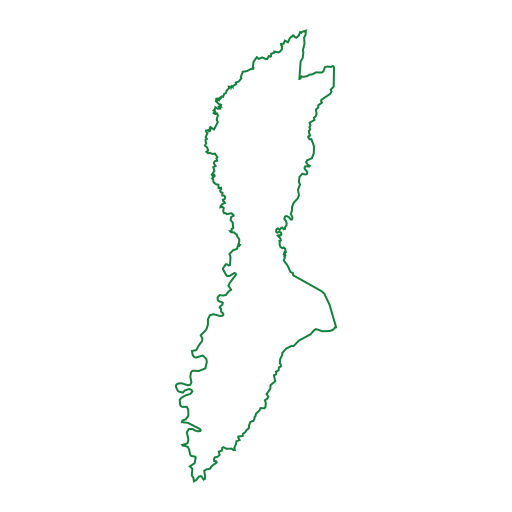 Quinsaloma, Los Rios, Ecuador (orthographic projection)
{"feature_id": "8360857B59163426869713", "entity_name": "Quinsaloma", "entity_type": "district", "adm_level": 2, "iso_a3": "ECU", "parent_name": "Ecuador", "parent_adm1": "Los Rios", "projection": "orthographic", "projection_center": [-79.358, -1.146], "detail": "fine", "context": "isolated", "style": "outline", "palette": "green", "viewbox_px": 512, "rotation_deg": 0, "n_neighbors": 0, "source": "geoboundaries", "source_scale": "gbopen_adm2", "svg_char_len": 6033}
<svg xmlns="http://www.w3.org/2000/svg" viewBox="0 0 512 512"><path d="M305.9,30.7L302.0,31.9L301.4,32.8L300.1,32.1L298.7,35.7L296.4,37.7L295.0,37.2L293.5,35.4L292.8,35.5L292.7,36.3L291.2,36.7L289.9,38.1L287.9,42.3L284.9,40.6L283.5,43.8L281.1,43.9L281.2,45.4L282.3,46.3L281.8,47.1L282.0,49.1L279.7,51.9L278.6,52.4L274.3,51.5L274.2,52.7L271.2,53.7L271.1,56.3L270.4,56.7L268.9,56.0L267.2,59.0L265.5,58.9L262.2,57.4L258.8,58.9L256.8,57.2L253.5,61.9L252.8,67.1L253.4,67.5L253.3,68.8L250.8,69.0L247.0,71.1L242.7,71.8L240.8,77.2L241.4,78.3L238.8,81.5L235.8,82.5L236.2,84.2L232.5,86.2L232.6,87.1L231.6,86.3L231.1,87.5L230.9,86.8L228.7,86.6L229.1,88.2L226.8,90.4L225.8,93.2L224.3,93.8L223.0,96.8L222.0,96.4L221.4,97.4L220.5,97.2L219.7,98.0L220.7,99.6L220.0,98.8L219.2,100.1L218.0,98.5L216.3,98.7L216.1,100.5L217.5,100.5L216.4,101.7L219.6,104.7L220.6,104.4L221.2,104.9L220.5,106.0L221.0,106.8L218.9,106.8L220.1,108.6L217.8,108.8L215.4,107.3L214.9,109.1L213.6,110.4L214.8,110.8L215.4,112.5L214.2,112.4L213.6,113.2L215.3,114.1L217.0,113.4L217.9,115.3L216.7,119.6L217.8,122.1L214.0,129.5L210.4,127.1L209.7,128.1L210.5,129.6L209.9,131.0L209.0,131.3L208.3,130.1L206.1,130.6L206.0,131.3L207.4,133.3L205.6,137.2L206.9,138.9L205.6,139.7L205.6,141.7L206.3,143.1L204.9,145.6L207.2,147.5L208.1,150.6L206.4,151.8L208.2,153.3L209.9,152.9L212.4,153.9L215.0,153.6L217.4,157.4L216.4,158.5L217.1,160.7L214.8,161.2L214.0,162.7L213.9,163.5L215.6,166.0L213.3,167.1L214.4,170.8L211.8,174.7L212.5,175.7L214.1,174.7L214.7,175.9L212.1,178.4L213.2,179.5L213.3,181.4L214.0,182.7L216.4,184.5L218.4,184.6L218.6,188.2L221.1,187.8L221.2,189.0L220.1,190.6L220.8,192.3L222.5,192.7L222.2,195.4L224.4,195.8L225.2,197.0L224.6,199.1L222.9,199.7L223.2,201.2L224.3,201.7L224.9,203.0L222.2,204.2L220.6,206.0L220.4,207.3L222.4,206.8L223.7,207.9L223.2,211.6L224.2,213.2L225.5,213.1L226.9,214.2L231.4,213.2L233.6,215.1L233.6,215.7L231.2,217.0L230.6,220.2L232.7,222.5L233.2,228.1L231.6,229.0L231.6,231.1L230.1,231.2L231.1,232.3L234.4,232.5L235.4,233.9L236.9,234.5L237.3,236.6L239.2,239.3L239.2,242.2L238.4,244.3L240.0,244.9L239.3,245.9L237.8,246.1L237.0,248.9L233.2,250.2L229.5,253.9L230.5,257.1L230.0,265.0L228.7,265.5L227.4,264.5L225.9,264.2L223.1,268.2L223.0,269.2L226.2,275.2L227.2,276.0L229.7,275.9L234.3,273.0L235.6,273.5L235.9,274.7L229.7,283.0L228.4,285.6L231.1,289.7L228.4,291.7L226.0,294.9L223.1,295.6L219.7,295.1L217.6,297.4L217.7,299.8L218.4,300.9L222.8,302.7L222.4,304.7L219.9,306.6L219.6,307.4L221.1,308.9L221.0,311.6L223.2,313.5L223.3,315.0L222.3,315.8L219.6,315.9L213.3,314.2L209.9,315.3L208.0,319.1L207.9,324.9L206.7,328.5L205.5,330.5L200.7,335.3L202.4,338.6L202.1,341.0L198.5,345.8L196.3,350.1L192.0,351.0L192.7,355.2L194.4,357.1L195.8,357.6L202.8,355.5L206.4,359.1L206.8,362.2L205.3,368.4L198.9,371.0L193.1,370.7L191.9,371.2L190.9,372.7L190.3,376.6L191.4,382.4L190.2,384.8L187.9,385.3L181.7,383.3L179.1,383.3L176.6,384.4L175.9,385.6L176.2,387.5L178.0,391.1L178.8,391.6L183.0,392.6L184.7,390.5L189.1,389.0L191.4,389.8L192.4,391.4L190.4,393.9L185.5,395.4L181.4,397.8L179.7,399.7L180.2,404.9L180.9,406.1L182.4,406.9L186.8,406.8L188.2,409.7L188.4,415.7L185.7,419.4L182.6,420.4L181.9,422.2L187.9,422.8L200.0,429.1L200.7,430.0L200.3,431.0L198.1,431.3L195.2,430.6L192.9,429.1L188.9,429.0L186.8,432.3L188.3,439.0L187.8,442.6L186.7,443.7L182.2,444.9L182.7,445.6L185.8,446.1L187.9,447.1L189.2,449.7L190.1,454.5L191.1,455.9L195.3,456.7L195.7,457.4L194.6,463.2L189.8,466.4L192.4,468.8L191.8,475.4L193.4,477.7L193.9,481.3L196.4,479.9L198.8,476.7L200.3,476.1L201.5,476.4L203.6,479.6L204.9,478.8L205.2,476.8L204.2,470.8L206.5,469.4L210.3,468.6L210.7,467.3L213.1,465.0L216.7,462.5L216.2,461.3L214.1,461.0L214.1,458.5L215.0,457.3L217.6,456.8L219.6,454.9L218.8,451.6L221.8,450.6L222.4,447.7L223.5,447.2L226.5,448.8L231.4,448.6L233.7,450.1L234.8,450.1L234.3,447.7L236.1,443.8L236.4,441.3L239.6,440.0L238.2,437.6L238.3,436.5L242.6,436.0L243.0,433.7L244.9,432.6L246.6,430.0L248.8,428.3L249.1,425.2L250.4,421.9L253.3,420.9L254.5,418.7L254.6,416.9L255.6,415.9L255.8,414.0L259.6,410.2L260.5,408.1L264.4,408.3L265.4,407.2L265.8,403.1L264.9,400.2L267.1,398.8L268.4,396.7L266.6,394.1L270.3,388.8L270.5,385.2L275.2,381.2L273.9,375.2L275.9,374.5L276.4,373.4L275.9,371.7L278.6,370.3L278.9,367.5L280.9,366.4L280.7,364.4L279.8,363.2L280.2,359.1L282.1,355.2L282.3,353.0L286.0,348.7L291.5,345.9L293.5,346.1L299.0,340.5L310.7,334.2L313.9,330.4L315.9,329.1L322.6,331.3L329.5,331.0L332.9,329.9L335.0,327.5L336.1,327.3L329.5,304.6L324.3,293.7L321.9,291.4L293.2,275.3L292.8,273.0L290.5,272.0L287.5,265.4L283.8,260.5L284.9,257.3L284.3,256.2L285.4,255.5L285.3,254.9L283.8,254.3L284.5,252.2L285.0,252.6L285.0,251.9L285.8,252.0L285.2,248.9L283.8,247.5L282.7,248.2L280.6,247.2L279.6,244.7L279.8,242.1L279.4,241.0L280.8,240.5L280.4,238.4L277.7,235.7L278.8,235.2L280.8,235.4L281.4,234.1L281.0,232.6L279.3,231.7L277.3,232.7L276.1,231.8L276.4,229.5L277.8,228.4L279.7,229.8L281.6,227.6L282.3,227.6L283.8,229.3L285.0,228.8L284.9,227.3L286.3,225.4L286.7,223.5L285.9,220.8L284.3,218.9L284.9,216.8L286.0,216.1L287.3,216.3L289.1,217.4L290.7,219.6L292.1,219.4L292.5,217.6L290.8,213.8L292.1,210.3L292.0,206.9L293.9,202.5L297.8,198.4L298.9,195.3L298.0,189.6L300.0,184.6L298.9,181.8L299.5,176.9L302.3,173.7L305.5,174.5L306.8,174.0L307.3,171.9L304.6,168.7L304.6,167.4L305.4,166.3L309.3,166.5L309.8,165.9L308.0,165.0L306.1,162.2L307.1,160.3L311.9,158.2L313.8,153.1L314.0,146.5L313.3,144.3L311.4,139.2L309.5,139.3L308.1,137.0L308.4,136.3L309.9,135.8L310.0,134.9L309.1,133.1L308.9,130.9L310.2,129.4L309.4,127.1L310.5,125.5L309.6,122.7L314.4,120.0L313.9,117.9L315.8,116.2L316.6,114.0L316.0,109.5L318.3,107.4L318.2,105.3L322.0,102.6L321.1,101.2L321.3,99.9L330.1,93.9L331.5,91.6L330.7,89.7L333.7,86.6L334.0,67.3L333.0,66.1L330.6,67.0L327.6,66.5L324.9,67.2L323.3,71.5L321.8,72.5L316.0,72.4L312.3,74.3L309.1,74.8L307.1,76.2L303.1,76.9L301.5,76.4L300.5,78.6L299.4,78.9L300.6,61.4L302.7,58.0L303.4,52.3L302.9,50.2L304.5,43.7L304.1,37.6L305.5,35.1L305.7,32.7L305.3,32.1L305.9,30.7Z" fill="none" stroke="#15803d" stroke-width="2"/></svg>